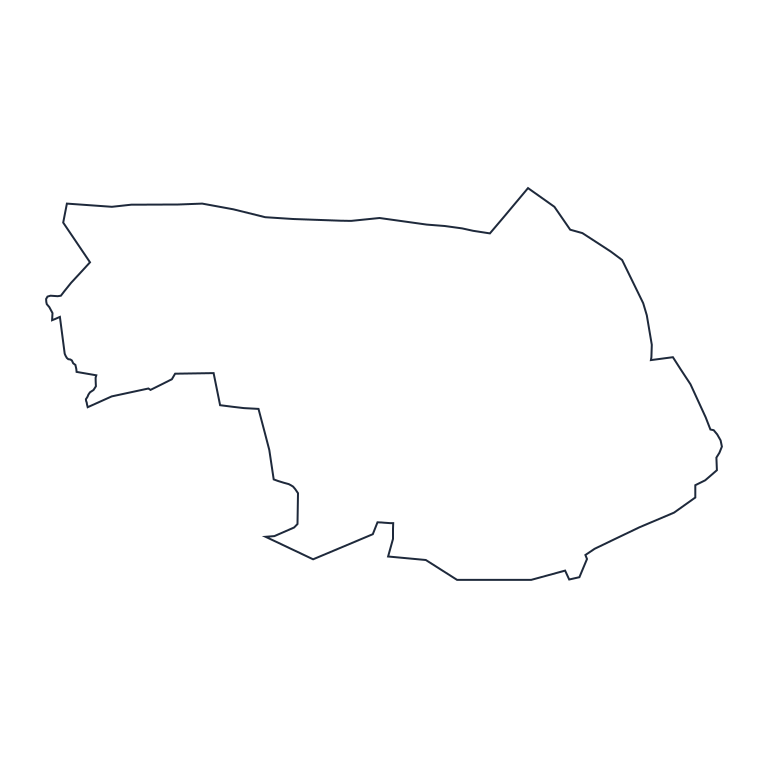 outline of Maigatari, Jigawa, Nigeria
{"feature_id": "59680162B93100308813933", "entity_name": "Maigatari", "entity_type": "district", "adm_level": 2, "iso_a3": "NGA", "parent_name": "Nigeria", "parent_adm1": "Jigawa", "projection": "albers", "projection_center": [9.515, 12.698], "detail": "fine", "context": "isolated", "style": "outline", "palette": "slate", "viewbox_px": 768, "rotation_deg": 0, "n_neighbors": 0, "source": "geoboundaries", "source_scale": "gbopen_adm2", "svg_char_len": 1774}
<svg xmlns="http://www.w3.org/2000/svg" viewBox="0 0 768 768"><path d="M528.0,188.1L524.5,192.3L503.3,217.6L496.6,225.5L489.9,233.4L473.1,230.8L462.2,228.4L444.7,226.0L426.8,224.6L379.5,218.0L351.0,220.9L340.3,220.7L293.0,219.0L265.2,217.2L233.3,209.3L202.2,203.6L178.3,204.5L131.2,204.7L111.9,206.8L66.9,203.6L63.2,222.6L90.0,262.3L80.1,273.1L71.1,282.8L64.2,291.4L60.9,295.7L57.7,296.2L50.5,295.7L47.5,296.6L46.1,299.0L46.3,302.0L46.8,304.2L49.3,307.1L52.5,313.1L52.1,320.2L54.1,319.4L54.9,319.1L55.8,318.7L56.5,318.4L59.9,316.9L64.7,353.7L65.5,355.6L66.8,357.9L68.3,359.2L70.4,359.5L71.9,360.5L73.2,363.3L75.4,364.9L76.3,369.0L76.6,371.9L96.3,375.3L95.6,377.8L95.7,381.8L95.9,386.3L93.5,390.0L90.0,392.3L88.4,394.6L87.6,396.6L86.8,397.9L85.9,399.2L86.1,400.9L86.7,402.5L87.0,404.4L87.7,407.2L111.7,396.4L148.4,388.5L150.5,389.9L162.0,384.2L171.9,379.2L175.1,373.7L213.6,373.1L220.1,405.2L232.8,406.8L243.9,408.1L258.5,408.9L264.9,433.1L269.3,450.0L272.1,468.7L273.7,479.4L278.1,481.0L283.6,482.7L288.7,484.1L290.8,485.2L293.1,486.6L295.2,489.1L298.0,493.2L297.5,524.0L294.1,527.5L274.4,536.1L265.6,536.8L313.1,559.3L372.8,534.2L377.5,522.3L379.6,522.4L381.8,522.5L383.9,522.7L386.9,522.9L389.6,523.1L391.0,523.1L393.2,523.1L393.0,528.9L393.0,538.9L388.1,556.5L425.8,560.0L457.1,579.9L531.1,579.9L565.1,570.6L569.2,579.5L579.4,577.2L587.0,559.0L585.4,555.0L594.6,548.8L613.7,539.6L639.4,527.3L674.1,512.6L695.3,497.5L695.3,485.2L705.2,480.3L716.9,470.2L716.4,457.6L719.4,452.8L721.9,446.6L720.6,440.4L717.2,434.4L713.7,430.2L710.4,429.5L705.7,417.4L690.5,384.3L680.7,369.4L672.9,357.2L650.9,360.1L651.4,357.2L651.8,344.8L646.8,315.3L643.2,303.2L622.1,260.0L610.7,251.5L582.4,233.1L570.2,229.7L554.4,206.8L528.0,188.1Z" fill="none" stroke="#1e293b" stroke-width="2"/></svg>